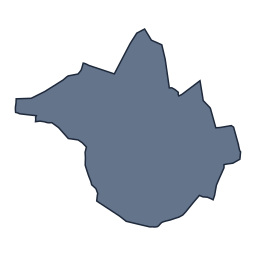 the district of Ezeagu, Enugu, Nigeria
{"feature_id": "59680162B4656907626813", "entity_name": "Ezeagu", "entity_type": "district", "adm_level": 2, "iso_a3": "NGA", "parent_name": "Nigeria", "parent_adm1": "Enugu", "projection": "orthographic", "projection_center": [7.222, 6.418], "detail": "fine", "context": "isolated", "style": "filled", "palette": "slate", "viewbox_px": 256, "rotation_deg": 0, "n_neighbors": 0, "source": "geoboundaries", "source_scale": "gbopen_adm2", "svg_char_len": 1494}
<svg xmlns="http://www.w3.org/2000/svg" viewBox="0 0 256 256"><path d="M179.0,217.1L182.8,215.0L185.6,212.0L188.6,208.3L193.4,202.4L199.4,195.4L201.5,196.3L203.0,196.9L205.2,197.0L207.7,197.3L211.2,198.8L213.1,199.8L214.6,195.3L216.4,185.2L219.1,178.8L221.3,173.9L224.0,167.8L224.0,164.6L227.1,164.0L232.9,163.2L239.9,159.2L240.1,157.0L240.6,151.8L240.1,151.2L239.6,150.3L238.4,145.0L238.5,144.9L233.6,127.2L231.3,125.6L220.1,127.5L215.8,127.8L210.6,109.0L210.1,107.8L203.2,100.6L202.3,94.8L200.0,80.7L181.8,94.5L178.8,95.9L178.2,94.6L178.3,92.3L174.9,89.5L171.8,87.8L169.3,87.9L165.2,59.3L161.8,44.8L151.4,40.2L144.6,29.0L136.8,33.1L130.2,43.5L114.3,73.9L88.8,65.4L86.7,64.3L84.8,63.5L83.2,63.1L82.0,67.5L81.1,70.2L79.7,72.0L78.0,74.0L68.2,75.9L66.7,76.9L63.1,80.0L44.8,91.5L31.2,98.3L16.2,98.8L16.0,103.2L15.4,107.1L15.4,110.1L15.6,112.4L17.4,112.8L19.7,113.8L23.2,114.2L36.3,115.7L35.6,117.3L35.7,119.6L35.5,121.7L40.0,121.1L45.0,121.9L46.6,122.5L48.7,122.8L51.9,122.7L58.6,127.6L67.4,137.5L68.3,138.5L78.0,139.9L82.1,142.6L86.4,147.0L85.1,152.3L85.4,157.7L85.2,165.2L86.8,170.3L88.6,175.8L90.8,181.3L91.7,184.8L95.9,188.6L97.7,193.3L97.3,195.6L96.7,200.9L96.8,201.1L100.1,203.3L107.1,207.9L113.2,211.9L119.6,216.1L126.2,221.3L134.9,223.4L149.8,226.9L152.6,226.8L153.9,227.0L154.0,227.0L155.8,226.9L157.3,226.7L158.6,225.8L160.9,223.2L162.2,222.2L162.3,222.2L163.6,221.7L166.0,221.0L166.4,220.9L170.2,220.0L175.2,218.3L179.0,217.1Z" fill="#64748b" stroke="#1e293b" stroke-width="1.5"/></svg>